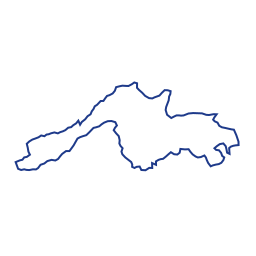 the district of São Vicente, São Paulo, Brazil, rotated 2°
{"feature_id": "56859067B44693730351298", "entity_name": "São Vicente", "entity_type": "district", "adm_level": 2, "iso_a3": "BRA", "parent_name": "Brazil", "parent_adm1": "São Paulo", "projection": "orthographic", "projection_center": [-46.493, -23.955], "detail": "fine", "context": "isolated", "style": "outline", "palette": "blue", "viewbox_px": 256, "rotation_deg": 2, "n_neighbors": 0, "source": "geoboundaries", "source_scale": "gbopen_adm2", "svg_char_len": 2515}
<svg xmlns="http://www.w3.org/2000/svg" viewBox="0 0 256 256"><g transform="rotate(2 128 128)"><path d="M132.7,82.3L130.2,84.2L127.0,86.0L124.1,86.0L120.9,85.9L118.1,86.6L114.7,87.6L113.6,91.2L111.5,94.0L108.4,95.8L105.9,96.7L104.2,99.1L102.5,101.8L99.7,102.0L96.3,105.9L94.0,107.5L92.9,110.2L91.2,112.6L90.1,115.6L87.2,117.6L84.9,120.8L81.6,123.6L80.0,126.4L78.1,122.4L76.0,125.2L73.2,127.1L71.2,129.1L68.2,129.8L65.5,132.3L63.0,133.6L60.4,134.5L58.1,135.8L54.6,135.0L51.2,136.0L49.0,137.0L46.8,137.4L44.8,139.1L41.5,138.5L38.9,140.4L35.6,141.8L32.8,142.9L29.8,144.9L27.4,147.3L28.5,151.2L29.3,155.1L30.9,158.1L27.9,160.4L25.3,161.0L23.6,163.4L21.1,164.1L16.9,166.0L19.6,172.6L22.7,173.7L25.7,172.9L27.9,173.4L30.7,173.5L34.5,172.6L37.5,172.6L39.5,171.2L41.9,167.8L45.6,166.4L48.5,163.9L52.7,162.5L56.5,163.0L59.2,161.4L61.2,158.6L63.1,156.2L66.9,153.2L70.3,153.1L72.7,149.6L74.3,147.2L76.1,143.7L77.9,140.3L80.5,138.8L83.1,137.8L86.6,136.6L89.4,133.7L93.5,129.1L96.1,128.4L99.2,127.3L101.4,125.3L103.9,123.5L107.5,121.9L111.2,121.6L115.1,122.6L116.8,125.9L115.0,128.2L113.8,130.7L116.3,133.7L119.0,136.4L120.1,140.5L119.9,143.8L121.1,146.1L123.3,148.4L122.3,151.8L123.3,154.5L126.3,157.5L132.4,161.9L133.5,164.3L133.5,166.7L135.9,167.7L138.0,166.5L141.0,166.1L142.8,169.5L147.0,169.6L150.6,167.1L153.6,167.1L153.3,162.2L157.3,163.8L157.1,160.4L159.6,158.8L161.7,158.0L164.1,157.6L166.9,155.2L169.6,152.6L171.7,150.7L175.0,152.6L178.2,152.8L180.5,150.9L181.1,147.1L185.6,147.4L189.3,147.1L191.1,149.5L193.5,152.1L196.5,154.1L198.8,155.0L201.8,154.5L205.3,152.8L206.9,154.8L207.8,157.1L209.3,160.1L212.0,163.4L214.1,162.4L217.1,161.5L220.0,160.9L222.5,159.5L224.4,156.8L225.2,154.0L223.1,152.6L221.9,149.6L219.7,147.1L216.8,146.8L215.1,145.2L217.5,143.0L220.3,140.9L223.8,140.1L226.3,142.8L227.2,146.0L227.9,149.2L230.4,150.3L230.1,147.6L229.8,144.5L231.5,143.0L233.8,142.1L236.1,141.6L239.1,141.2L238.9,137.8L237.5,134.0L236.5,131.4L233.9,126.0L231.2,125.7L227.9,125.1L225.4,124.6L221.8,124.0L219.1,122.6L217.3,119.5L214.4,118.3L212.8,116.7L213.8,114.6L216.1,111.2L213.1,111.2L208.5,112.2L205.7,112.1L201.5,110.8L197.8,110.8L192.6,110.8L188.0,111.4L183.1,113.5L180.6,113.8L178.4,113.6L176.1,113.7L173.9,114.8L170.9,116.5L166.6,113.4L165.0,108.7L165.4,105.7L167.7,98.9L168.0,95.1L169.1,92.6L169.3,89.7L166.4,88.9L163.3,88.9L160.6,91.7L158.3,94.5L155.8,95.5L153.3,96.5L151.3,97.6L148.0,97.4L144.0,95.3L141.0,92.3L137.7,89.6L135.6,87.5L135.5,83.0L132.7,82.3Z" fill="none" stroke="#1e3a8a" stroke-width="2"/></g></svg>